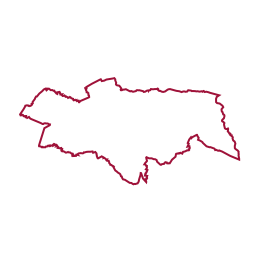 the district of Ocuituco, Morelos, Mexico, rotated 75°
{"feature_id": "50627088B33747024846778", "entity_name": "Ocuituco", "entity_type": "district", "adm_level": 2, "iso_a3": "MEX", "parent_name": "Mexico", "parent_adm1": "Morelos", "projection": "equal_earth", "projection_center": [-98.781, 18.879], "detail": "fine", "context": "isolated", "style": "outline", "palette": "rose", "viewbox_px": 256, "rotation_deg": 75, "n_neighbors": 0, "source": "geoboundaries", "source_scale": "gbopen_adm2", "svg_char_len": 5830}
<svg xmlns="http://www.w3.org/2000/svg" viewBox="0 0 256 256"><g transform="rotate(75 128 128)"><path d="M113.2,43.0L113.1,44.6L111.8,45.3L111.8,45.7L112.2,46.3L112.3,46.6L111.6,47.3L111.4,49.5L110.5,51.3L110.3,52.6L109.6,53.9L109.5,54.7L109.1,55.5L108.9,56.8L108.2,57.4L107.1,60.1L108.1,61.4L107.9,63.1L107.4,63.8L107.0,65.2L107.2,66.9L105.8,68.9L104.6,71.7L101.3,77.3L101.1,78.6L101.2,79.8L102.3,82.7L102.3,84.6L102.0,85.3L101.5,86.2L100.5,87.2L100.3,88.2L99.7,88.7L99.4,88.9L98.5,88.8L98.5,89.3L98.3,89.4L98.2,89.0L97.6,89.2L97.8,90.3L97.3,92.2L97.1,93.8L96.3,95.8L97.2,96.7L97.1,98.2L97.3,98.4L97.0,98.4L96.8,99.9L97.4,102.2L97.2,103.5L96.5,103.7L96.0,104.5L94.4,107.4L94.3,108.2L93.8,109.4L93.8,110.0L94.4,110.8L94.3,113.8L93.3,115.0L93.1,115.4L93.3,115.8L93.0,116.7L90.0,120.0L89.9,121.8L89.7,122.7L89.9,124.3L89.6,125.1L89.0,125.1L88.5,124.3L88.2,124.2L86.2,124.9L84.9,125.5L83.9,127.6L83.0,128.3L82.5,128.3L81.2,127.7L78.6,128.0L77.7,127.7L76.3,128.3L76.3,129.5L75.6,136.3L76.1,138.7L75.9,141.2L73.9,141.7L74.0,142.5L75.9,151.3L77.7,157.8L78.3,158.1L78.8,157.7L79.1,157.8L79.1,158.2L78.7,159.0L78.9,159.0L80.1,158.6L80.5,158.8L82.0,158.5L82.8,158.7L83.2,157.8L83.6,157.7L84.0,157.3L86.0,157.7L86.4,157.3L88.1,157.5L88.3,157.9L89.6,167.0L90.5,168.4L90.4,168.7L88.8,168.7L88.8,170.3L87.7,170.3L87.8,170.9L87.6,171.4L87.5,171.7L87.1,171.8L87.2,173.3L86.6,173.6L85.6,173.5L84.6,175.1L83.4,175.6L83.0,176.1L83.3,176.4L83.4,177.9L83.0,177.8L82.2,179.0L81.4,179.7L81.5,180.0L81.6,180.3L80.1,180.9L80.3,181.7L80.2,182.8L79.1,183.4L78.4,182.8L78.2,184.6L77.3,184.5L77.1,184.8L76.4,185.0L76.2,184.6L75.4,184.8L75.2,187.3L75.9,187.1L76.8,187.5L76.2,188.2L73.7,189.4L72.9,189.5L72.8,190.3L71.8,191.2L71.4,192.9L69.6,194.1L69.1,195.7L69.7,195.4L70.5,197.0L69.2,197.4L68.7,198.0L69.0,199.4L70.2,201.3L71.8,204.8L74.0,207.8L73.8,208.6L75.0,209.9L75.8,210.4L78.2,213.4L79.5,213.6L79.7,214.8L80.6,214.7L81.1,215.6L81.4,216.4L81.1,216.8L81.3,217.8L80.8,218.5L80.3,218.7L79.9,220.0L79.9,221.4L80.4,221.6L82.9,224.1L86.9,228.7L88.0,228.5L88.1,227.9L87.8,227.7L87.5,227.8L87.7,226.9L88.4,226.0L89.2,226.0L89.7,225.6L89.7,224.9L89.9,224.0L90.2,224.4L90.6,224.3L90.2,223.8L90.3,223.5L91.1,223.7L91.5,223.0L92.2,222.8L91.7,220.8L93.4,220.1L94.2,219.3L100.7,210.9L102.0,209.5L102.2,208.8L101.9,208.1L101.9,207.2L102.1,206.5L102.4,206.1L102.7,204.8L103.4,203.7L104.1,203.5L104.4,202.5L105.0,202.8L106.5,208.8L119.6,217.1L121.9,218.5L122.6,218.6L123.1,217.3L124.3,216.2L124.0,215.8L124.1,215.3L124.7,214.9L125.2,212.8L124.7,212.3L124.9,210.5L124.4,210.0L124.6,208.1L125.3,208.3L125.4,207.8L125.2,207.3L124.9,207.3L125.2,206.5L125.2,205.7L124.2,203.6L124.5,203.2L124.8,203.3L125.6,204.0L125.4,202.7L125.6,201.8L126.2,201.9L126.5,201.0L126.8,201.0L127.3,201.8L127.5,200.8L128.3,200.3L129.1,201.0L129.9,199.2L130.0,197.9L130.6,198.1L130.9,197.2L131.1,197.0L131.6,197.5L131.9,197.3L132.8,197.9L132.4,198.1L132.0,198.7L133.5,197.6L133.5,196.8L134.5,195.5L135.6,194.6L135.8,193.8L135.7,192.4L135.8,192.4L136.3,191.3L136.5,190.4L138.2,189.1L138.4,188.1L138.7,188.0L139.2,188.6L140.3,189.0L140.4,188.6L140.1,188.6L140.0,188.4L140.1,187.7L140.5,187.4L141.1,186.6L141.2,186.8L141.5,185.4L141.1,185.1L140.7,185.2L140.3,184.8L141.0,183.5L140.4,183.8L139.8,182.4L140.0,180.3L140.8,178.2L140.7,177.5L140.1,176.9L140.4,176.2L140.3,174.5L140.6,172.7L141.2,170.4L141.5,168.3L142.9,168.1L142.7,165.8L144.4,165.0L145.6,165.3L146.2,165.1L146.8,165.4L149.1,165.2L149.6,164.8L148.6,160.7L149.1,160.4L149.9,159.3L150.1,159.3L150.4,159.1L150.7,159.3L150.7,158.8L150.9,158.4L152.7,157.3L152.9,156.5L153.5,157.2L154.0,157.0L154.7,155.2L155.2,155.4L156.0,155.0L157.1,155.2L158.4,154.5L159.0,154.6L159.5,153.5L160.3,153.1L161.2,151.9L161.7,151.7L161.9,152.2L165.7,151.3L167.4,149.9L168.2,149.5L169.9,147.9L170.8,147.4L172.8,147.3L173.2,146.6L175.0,146.5L176.3,146.1L177.2,144.4L181.4,140.6L182.0,138.9L183.3,137.9L183.8,137.2L183.6,136.5L184.1,135.2L183.9,134.1L184.0,133.1L182.6,131.6L180.4,130.5L176.8,128.2L174.8,127.4L175.0,127.0L180.7,126.6L185.0,124.4L184.8,124.3L183.4,124.4L182.8,125.0L182.0,124.6L182.3,123.5L181.4,122.5L180.9,122.5L180.7,122.8L179.3,121.9L179.1,122.7L178.5,123.2L178.3,123.9L176.7,123.1L176.9,122.7L175.6,122.0L175.6,121.6L173.6,120.1L172.6,121.4L171.5,120.1L169.6,119.6L169.5,120.2L168.5,120.3L168.0,120.8L167.5,120.8L167.3,121.5L166.4,120.6L164.9,118.3L164.3,118.1L163.3,118.2L161.3,118.1L161.0,117.7L162.8,115.4L163.4,113.0L164.8,111.2L165.1,110.0L166.3,108.7L168.1,108.6L171.7,106.3L172.1,105.7L171.7,104.5L171.9,103.2L171.7,102.7L171.9,102.4L170.7,100.8L171.4,99.4L172.2,99.4L172.6,98.5L172.6,97.3L172.8,97.3L172.9,96.8L170.0,93.7L168.0,89.5L165.6,88.4L165.4,88.1L165.5,85.2L165.8,85.6L165.9,85.1L165.8,83.5L166.8,82.2L165.3,81.0L165.4,79.2L165.2,77.9L164.9,77.1L165.2,75.6L165.0,75.4L165.1,75.1L164.5,74.9L164.7,74.5L164.2,74.3L163.3,73.5L161.5,73.4L161.4,75.4L158.9,73.4L158.0,74.2L154.9,71.8L153.3,69.6L154.2,69.4L153.5,68.2L152.4,63.4L152.5,63.1L154.1,62.9L155.8,62.3L157.5,63.4L158.7,61.8L160.8,59.8L161.7,59.6L166.0,56.9L167.7,54.2L167.8,53.4L170.1,50.1L170.6,49.7L171.9,49.5L171.9,48.5L173.2,47.0L173.5,46.0L173.3,45.7L175.0,43.3L181.4,36.5L187.3,28.8L186.6,28.6L182.9,28.3L181.9,27.8L181.0,27.8L179.4,27.3L178.1,27.9L176.1,29.6L175.1,30.0L173.0,29.5L170.8,28.3L168.7,28.5L167.2,29.6L165.0,29.7L164.2,29.2L163.4,29.4L162.5,30.1L161.9,29.8L161.4,30.9L161.0,31.1L160.4,31.0L160.1,30.6L159.8,30.7L159.5,31.6L158.2,31.8L157.2,32.5L154.8,31.5L154.4,31.6L154.8,32.4L154.2,33.8L153.4,34.5L149.8,34.4L148.8,34.1L148.2,33.6L147.0,34.2L145.9,35.3L144.9,35.2L144.1,34.1L143.5,32.9L141.6,31.8L140.6,31.6L139.9,31.9L139.5,32.5L137.0,32.6L136.4,33.1L135.0,33.0L134.1,32.8L132.5,30.6L130.9,31.0L128.1,33.1L127.0,35.5L125.8,36.2L122.6,35.4L120.9,34.2L120.0,31.5L114.8,40.4L114.5,40.6L113.2,43.0Z" fill="none" stroke="#9f1239" stroke-width="2"/></g></svg>